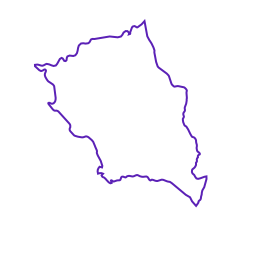 an SVG outline of Si Sa Ket, rotated 161°
{"feature_id": "THA-425", "entity_name": "Si Sa Ket", "entity_type": "Province", "adm_level": 1, "iso_a3": "THA", "parent_name": "Thailand", "parent_adm1": "", "projection": "natural_earth1", "projection_center": [104.414, 14.961], "detail": "fine", "context": "isolated", "style": "outline", "palette": "violet", "viewbox_px": 256, "rotation_deg": 161, "n_neighbors": 0, "source": "natural_earth", "source_scale": "10m", "svg_char_len": 4524}
<svg xmlns="http://www.w3.org/2000/svg" viewBox="0 0 256 256"><g transform="rotate(161 128 128)"><path d="M185.0,215.1L184.0,215.1L181.8,213.8L180.0,212.2L178.2,210.9L175.9,210.6L174.1,211.7L170.0,215.4L168.0,215.9L167.1,215.0L166.4,212.2L165.2,211.6L164.1,212.1L162.8,214.6L161.9,215.4L159.6,215.5L156.3,213.9L154.1,213.9L151.9,215.4L150.4,217.6L149.1,220.0L147.6,222.0L144.9,223.2L142.7,222.7L140.6,221.6L138.1,221.1L136.7,221.5L135.6,222.4L134.7,223.3L134.0,223.8L133.5,223.8L132.7,223.8L131.8,223.5L130.9,223.1L115.5,220.5L108.2,217.1L104.9,216.8L102.9,218.0L101.1,219.7L98.7,220.4L97.0,219.8L96.3,218.3L96.1,216.9L96.6,216.3L95.4,216.3L95.1,216.7L94.9,217.6L91.5,221.8L90.5,222.4L88.8,222.3L87.8,221.5L87.2,220.5L86.3,220.1L81.4,221.6L77.6,223.7L79.9,208.4L79.3,204.7L79.1,203.6L78.9,203.1L78.2,200.1L77.7,195.9L77.7,194.1L77.7,192.8L78.5,190.8L79.9,181.2L79.9,176.6L79.5,175.5L79.3,175.1L73.6,166.8L72.6,164.6L72.4,163.7L72.5,155.8L72.3,154.7L71.4,152.9L71.2,152.5L70.8,152.2L70.4,151.9L69.2,151.8L68.6,151.7L67.5,151.5L66.6,151.1L61.9,148.3L61.4,147.8L61.0,147.1L60.4,145.8L60.2,145.0L60.2,144.2L60.7,143.3L61.0,142.9L61.4,141.7L62.4,137.8L62.8,136.7L63.1,136.3L63.6,134.8L65.1,132.0L67.6,129.0L68.0,128.0L68.2,126.8L68.4,126.3L68.6,125.8L68.9,125.5L70.5,124.3L70.8,123.9L71.1,123.4L71.3,122.7L71.4,120.8L71.5,120.4L71.7,120.1L72.3,119.5L72.7,119.2L73.2,118.7L73.5,117.7L73.9,115.6L73.8,113.3L73.7,112.1L73.3,111.4L72.4,110.4L71.6,107.0L71.0,102.0L70.6,99.9L70.2,98.7L69.3,98.1L68.8,97.7L68.3,97.1L67.8,95.7L67.7,94.9L67.7,94.1L68.1,92.8L68.3,91.7L68.4,89.7L68.7,88.7L69.0,88.0L69.4,87.3L69.7,86.5L70.0,84.6L70.0,83.7L69.8,83.0L69.4,82.5L69.0,81.9L68.5,80.8L68.5,80.1L68.8,79.7L69.2,79.6L69.7,79.6L70.2,79.5L70.6,79.2L71.0,78.9L71.2,78.4L71.5,77.6L71.5,77.4L72.3,77.0L72.8,76.5L73.2,75.9L73.5,74.6L73.8,73.9L74.2,73.5L74.7,73.3L75.1,72.9L75.3,72.2L75.5,71.5L75.7,71.0L76.0,70.6L77.0,69.6L77.4,69.3L78.2,68.8L80.1,68.1L80.6,67.9L81.1,67.4L81.4,66.8L81.9,65.6L81.8,64.0L80.7,62.1L80.3,59.8L79.7,58.0L78.3,57.1L76.1,56.9L71.5,57.0L69.6,56.7L70.4,54.2L75.2,47.2L78.0,44.8L79.2,42.9L80.0,41.1L81.2,39.4L82.2,37.4L82.9,36.7L83.5,36.4L84.2,36.2L85.1,35.7L85.8,34.5L87.1,33.5L89.0,32.2L91.3,37.8L91.9,42.3L95.1,46.0L104.6,61.7L105.9,63.4L107.6,64.3L108.6,65.0L111.4,67.4L112.3,67.9L112.8,68.1L113.3,68.2L117.4,68.3L118.2,68.6L119.3,69.2L121.0,70.6L121.9,71.2L122.7,71.4L123.1,71.2L123.8,71.1L124.2,71.4L124.5,71.8L124.7,72.2L124.9,72.9L125.0,73.6L125.3,74.8L125.6,75.4L126.1,75.9L126.5,76.2L128.1,76.6L129.2,76.8L130.1,77.1L130.6,77.3L132.3,78.4L134.0,80.1L134.4,80.4L134.8,80.6L136.0,80.7L138.3,80.5L139.1,80.6L139.5,80.7L139.9,80.9L142.0,82.1L142.6,82.4L143.6,82.6L144.2,82.6L144.7,82.6L145.9,82.1L146.1,82.1L146.4,82.1L146.5,82.1L147.1,82.5L148.6,83.7L149.1,83.8L149.6,83.9L150.0,83.8L150.5,83.5L151.3,82.5L151.7,82.0L151.8,81.9L152.0,81.6L152.4,81.4L152.8,81.3L153.3,81.4L154.3,81.7L155.5,82.0L158.9,82.0L159.1,82.1L160.5,83.8L160.9,84.0L161.2,83.9L161.3,83.4L161.1,82.1L161.1,81.9L161.2,81.7L161.3,81.4L162.1,81.4L162.7,81.5L163.9,82.9L165.5,86.4L165.3,86.2L166.5,88.6L167.1,89.3L167.7,89.7L168.2,90.4L168.4,91.8L166.5,92.9L167.8,94.0L169.3,94.5L171.2,94.6L170.9,96.7L170.2,98.3L169.0,99.6L167.5,100.6L165.4,99.2L164.8,100.2L164.6,100.6L164.6,101.2L164.5,105.8L165.5,111.8L165.6,113.5L165.6,114.6L164.9,116.1L164.8,116.7L164.8,117.3L165.1,121.0L165.1,121.8L165.4,126.3L166.2,128.4L168.4,132.2L169.1,132.9L169.5,133.2L169.9,133.5L170.3,133.7L170.8,133.8L173.1,133.8L174.2,134.0L175.1,134.4L178.2,136.1L180.6,137.8L181.3,138.5L181.5,138.9L183.6,143.7L183.7,144.3L183.8,145.0L183.5,146.1L183.1,146.7L182.4,147.4L182.2,147.9L182.0,148.4L181.8,149.0L181.7,149.7L181.8,150.6L182.2,151.7L188.4,166.2L188.7,166.6L189.0,167.0L189.4,167.3L189.8,167.6L190.2,167.8L191.3,168.1L191.7,168.3L192.1,168.6L192.4,169.0L192.7,169.5L193.0,170.0L195.3,176.5L195.3,177.0L195.3,177.4L194.7,177.6L194.3,177.5L193.8,177.2L192.8,176.2L192.4,175.9L192.0,175.7L191.5,175.6L190.9,175.6L190.4,175.6L189.9,175.8L188.7,176.5L188.3,176.9L188.0,177.2L187.2,178.5L187.0,179.0L186.6,180.0L184.2,191.6L184.4,192.5L184.8,193.6L187.6,197.3L188.0,197.7L188.2,198.1L188.6,199.0L189.0,200.4L189.5,203.0L189.5,204.3L189.4,205.2L189.0,206.1L188.7,206.6L187.3,208.2L187.1,208.6L186.9,209.0L186.9,209.5L187.1,210.0L187.5,210.4L188.3,210.5L188.8,210.4L189.4,210.2L190.5,210.1L191.1,210.1L191.7,210.2L193.0,211.5L195.8,216.7L195.4,218.0L193.1,217.5L192.0,216.9L189.8,215.3L188.8,214.8L187.5,214.7L185.0,215.1Z" fill="none" stroke="#5b21b6" stroke-width="2"/></g></svg>